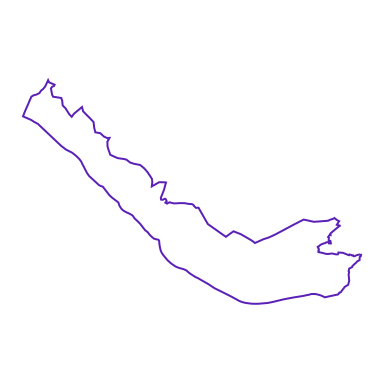 Drobeta-Turnu Severin, Romania (Equal Earth projection)
{"feature_id": "2599482B41880521076659", "entity_name": "Drobeta-Turnu Severin", "entity_type": "district", "adm_level": 2, "iso_a3": "ROU", "parent_name": "Romania", "parent_adm1": "", "projection": "equal_earth", "projection_center": [22.617, 44.673], "detail": "fine", "context": "isolated", "style": "outline", "palette": "violet", "viewbox_px": 384, "rotation_deg": 0, "n_neighbors": 0, "source": "geoboundaries", "source_scale": "gbopen_adm2", "svg_char_len": 4978}
<svg xmlns="http://www.w3.org/2000/svg" viewBox="0 0 384 384"><path d="M23.0,116.4L31.1,119.9L33.8,121.7L36.2,123.0L37.8,123.8L61.2,145.9L66.0,149.6L70.2,151.7L72.1,152.7L76.3,156.0L79.0,158.7L81.0,161.2L82.2,163.7L87.0,173.0L89.1,176.0L99.1,185.2L100.6,185.9L102.8,186.7L106.1,190.9L109.2,195.0L112.0,197.6L118.4,202.5L119.3,205.4L120.4,207.3L121.5,208.9L123.0,210.3L124.2,211.1L126.4,212.3L128.9,213.4L130.6,214.3L132.1,215.2L133.1,216.2L133.7,217.1L134.2,217.9L134.7,218.5L136.1,219.8L137.9,221.5L140.4,224.1L142.4,226.7L145.2,230.3L146.7,231.4L148.1,232.6L148.4,233.2L149.6,234.7L151.3,236.4L152.9,237.8L153.9,238.6L155.7,239.2L156.9,239.4L158.3,239.7L158.7,240.0L159.1,240.7L159.4,243.9L159.8,246.7L160.6,250.2L161.6,252.6L163.5,255.4L164.6,256.7L165.9,258.3L167.7,260.4L170.8,263.2L174.9,266.1L176.8,267.1L179.6,268.1L182.6,268.9L184.7,269.6L185.9,270.2L186.8,270.8L188.3,272.2L190.5,273.9L195.4,277.0L197.5,277.9L202.5,280.8L208.8,284.4L212.5,286.9L214.7,288.3L220.8,291.3L226.8,294.3L230.8,296.3L233.9,298.0L239.4,301.0L242.0,302.0L244.5,302.7L247.0,303.1L249.2,303.4L251.7,303.7L255.8,303.8L259.2,303.7L262.4,303.4L266.2,303.1L267.4,303.0L270.7,302.4L273.4,301.8L283.4,299.4L288.5,298.4L292.3,297.7L294.5,297.3L300.8,296.3L303.3,295.9L306.9,295.1L308.8,294.8L310.6,294.2L311.8,294.0L312.6,294.0L313.9,294.0L315.1,294.0L315.8,294.1L318.0,294.6L319.5,295.0L321.5,295.7L323.0,296.4L324.7,297.2L324.8,297.3L335.9,294.9L336.9,294.7L337.0,294.7L337.3,294.7L337.5,294.7L337.8,294.6L338.0,294.4L338.2,294.1L338.3,294.0L338.5,293.8L338.7,293.6L338.8,293.4L339.1,293.1L339.2,292.9L339.3,292.9L339.4,292.6L339.5,292.5L339.8,292.5L340.0,292.5L340.2,292.4L340.4,292.4L340.6,292.2L340.8,292.1L341.1,291.9L341.3,291.6L341.4,291.4L341.5,291.2L342.4,290.0L344.3,287.5L344.7,286.9L348.2,284.8L348.2,284.7L349.2,280.7L348.6,274.3L348.9,273.2L349.1,272.4L349.0,271.8L348.6,271.3L349.2,268.6L350.1,268.1L350.6,267.9L351.1,267.6L352.2,267.0L352.4,266.1L353.5,265.0L354.0,264.5L354.1,264.4L356.2,262.6L357.0,261.6L357.3,261.3L357.7,261.1L359.6,260.1L359.6,259.0L359.7,257.1L360.8,256.2L360.9,255.5L361.0,254.8L360.0,254.7L359.3,254.6L358.4,254.7L356.2,255.4L355.4,255.8L354.7,256.2L354.0,256.2L353.5,256.2L353.1,255.3L352.7,255.2L352.3,255.4L351.8,255.4L351.2,254.9L349.5,254.5L349.2,255.2L348.8,255.2L345.1,253.7L342.9,252.8L338.4,252.5L338.2,253.5L338.0,254.1L337.9,254.3L337.4,254.3L336.2,254.4L332.1,253.5L330.9,253.6L329.0,253.9L327.3,254.0L325.2,253.7L323.6,253.2L320.1,252.4L319.3,252.3L318.4,252.0L318.4,250.8L318.8,250.8L318.8,248.9L318.1,247.9L317.7,246.9L318.0,246.7L318.4,247.0L318.9,246.2L319.0,246.1L319.9,245.3L320.9,244.6L322.3,244.0L323.9,243.3L325.0,243.2L326.1,242.4L326.9,242.3L328.8,242.1L328.9,242.9L329.3,242.8L329.3,243.2L329.7,243.1L330.2,243.1L330.3,243.5L330.9,243.4L330.4,240.9L328.7,240.7L328.7,240.4L328.7,240.2L328.9,237.7L328.1,237.1L328.4,236.6L328.5,236.5L328.8,236.1L329.0,235.7L329.3,235.4L329.9,234.9L330.6,235.1L330.6,234.8L329.9,234.5L330.6,233.3L335.0,229.6L339.4,226.0L340.5,225.8L336.8,224.8L336.9,224.6L337.1,224.3L339.1,221.3L338.8,221.2L338.6,221.0L337.6,220.4L336.6,219.7L335.9,219.2L335.1,218.6L334.9,218.4L334.7,218.3L334.5,218.1L334.3,218.3L334.0,218.4L333.4,218.6L332.2,219.1L331.7,219.2L331.5,219.3L330.0,219.8L329.5,220.0L329.4,220.1L328.5,220.6L328.4,220.6L328.2,220.7L327.9,220.7L327.6,220.7L327.4,220.8L322.3,221.2L314.3,221.8L314.0,221.8L313.4,221.6L313.0,221.6L309.7,220.9L307.5,220.4L306.2,220.1L303.6,219.6L294.0,224.5L275.3,234.5L269.0,237.4L268.2,237.7L263.5,239.2L258.1,241.6L254.9,243.0L254.7,242.8L253.3,241.7L251.4,240.3L240.8,234.2L233.5,231.3L229.3,234.3L225.9,236.8L219.6,232.4L219.2,232.1L216.0,229.8L208.9,224.8L207.8,224.0L198.5,207.7L196.1,207.9L194.1,206.1L193.6,205.1L192.2,204.2L188.1,203.8L184.1,203.1L179.5,203.1L176.8,203.3L173.9,203.4L169.4,202.3L167.1,203.6L165.4,202.7L166.7,201.2L165.9,199.4L164.9,198.7L162.8,199.8L161.1,199.6L160.9,198.3L160.8,197.9L164.1,189.5L165.4,184.5L166.0,182.5L164.5,182.3L159.2,182.2L151.8,186.4L151.9,185.4L152.3,182.2L152.0,179.1L151.5,178.2L150.5,176.6L148.5,173.6L147.9,172.6L146.0,170.4L144.3,168.4L143.9,168.1L140.6,165.3L140.1,165.0L137.8,164.5L134.0,163.8L132.9,163.4L130.0,162.5L129.6,162.1L126.4,159.6L124.1,159.1L123.9,159.0L117.6,158.1L116.8,157.7L116.5,157.6L115.1,157.0L110.3,154.8L110.2,154.6L109.6,152.8L108.5,149.8L107.5,146.2L107.4,141.6L107.6,141.4L108.5,139.7L109.2,138.5L109.5,137.9L108.5,138.0L107.4,138.2L106.4,137.7L104.0,136.6L100.3,133.2L98.1,132.8L95.3,132.3L95.1,131.4L94.2,127.7L93.6,122.2L92.1,120.5L90.6,118.9L89.1,117.4L86.1,114.4L83.1,111.3L82.0,107.0L78.1,110.3L74.1,113.6L71.7,116.8L69.3,114.3L66.9,110.5L65.6,108.4L62.7,105.5L62.2,100.8L61.3,98.0L58.2,97.5L55.7,97.1L53.2,96.8L52.1,94.7L51.4,90.8L50.9,88.4L52.3,86.7L54.1,85.9L54.6,84.7L49.0,82.3L48.1,80.2L47.8,80.9L46.5,83.7L45.1,86.6L43.2,88.9L41.0,90.7L39.4,93.1L36.6,94.5L33.1,95.5L31.3,96.8L29.2,101.6L28.6,103.1L24.7,112.0L23.0,116.4Z" fill="none" stroke="#5b21b6" stroke-width="2"/></svg>